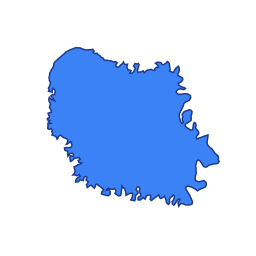 Campina da Lagoa, Paraná, Brazil, rotated 251°
{"feature_id": "56859067B30898784628481", "entity_name": "Campina da Lagoa", "entity_type": "district", "adm_level": 2, "iso_a3": "BRA", "parent_name": "Brazil", "parent_adm1": "Paraná", "projection": "mercator", "projection_center": [-52.806, -24.618], "detail": "fine", "context": "isolated", "style": "filled", "palette": "blue", "viewbox_px": 256, "rotation_deg": 251, "n_neighbors": 0, "source": "geoboundaries", "source_scale": "gbopen_adm2", "svg_char_len": 5237}
<svg xmlns="http://www.w3.org/2000/svg" viewBox="0 0 256 256"><g transform="rotate(251 128 128)"><path d="M170.0,195.8L169.2,193.1L168.1,191.4L165.6,189.1L168.1,185.8L169.5,186.8L171.5,187.2L173.2,187.6L175.8,188.0L178.0,187.0L176.8,184.5L176.3,182.5L176.8,181.0L179.1,180.4L180.6,177.6L180.3,175.0L177.2,176.8L175.5,176.5L176.1,174.5L175.1,172.5L173.8,172.1L174.4,170.4L176.0,168.9L176.1,166.7L176.5,164.9L175.9,163.4L174.9,161.4L177.1,160.9L176.8,159.1L177.3,155.6L179.1,155.6L180.6,156.5L182.1,157.7L184.1,159.0L185.6,158.8L185.7,157.0L186.7,155.7L184.7,153.4L182.4,154.4L181.0,153.3L179.3,151.5L178.4,149.7L179.4,147.6L181.0,149.5L182.2,148.8L182.7,146.9L184.2,147.0L186.0,146.7L188.5,148.3L188.8,146.3L190.1,145.3L191.9,145.2L190.5,143.5L190.1,141.6L189.1,139.9L188.5,138.4L189.6,137.1L191.2,136.4L192.3,137.8L193.3,139.1L194.6,138.1L195.4,135.5L196.7,134.2L197.8,132.2L199.0,129.9L199.9,127.6L201.9,127.4L203.7,125.7L205.8,124.8L206.8,123.7L208.7,123.1L209.2,120.9L210.6,119.6L211.7,121.0L213.9,120.3L214.1,118.3L215.5,113.5L217.9,110.2L219.4,108.7L220.0,106.8L220.9,105.2L220.9,103.1L220.8,99.7L220.6,97.4L220.2,94.4L218.6,91.2L218.2,89.7L216.6,85.9L214.3,80.4L213.2,79.0L211.0,77.9L209.4,76.4L208.0,74.4L206.6,73.2L205.4,71.9L203.1,70.8L201.4,69.8L198.2,69.1L196.1,69.6L192.8,67.1L191.6,65.7L189.6,66.0L188.7,64.8L186.5,68.0L188.3,68.5L190.1,70.1L187.4,71.3L185.8,71.1L184.9,70.0L183.5,69.5L184.2,67.3L183.4,65.5L181.5,66.3L180.0,66.9L177.7,67.3L178.8,66.2L180.3,64.7L182.6,63.6L180.9,62.4L178.6,62.1L176.1,62.6L173.2,60.5L171.6,60.7L169.6,61.0L167.8,60.6L167.9,59.0L168.1,57.3L166.3,57.1L164.2,57.5L163.3,56.4L163.3,54.9L161.9,54.5L160.6,56.6L159.7,54.6L157.6,56.6L158.0,53.4L156.3,53.2L155.0,52.5L153.6,51.9L152.5,52.8L152.3,55.1L150.5,55.9L149.3,54.7L147.8,55.1L146.2,53.8L144.1,56.4L142.8,57.2L140.6,57.3L141.4,58.7L142.8,59.6L143.3,61.8L140.1,63.7L138.5,65.9L137.2,66.9L135.4,66.8L134.1,66.0L132.7,64.5L132.7,66.0L133.8,68.6L133.2,70.0L131.8,69.2L130.1,69.6L128.3,67.9L128.7,65.2L129.5,63.4L129.9,61.5L127.7,61.0L126.5,62.2L125.6,63.4L122.6,62.3L120.9,62.0L122.8,64.7L122.1,67.2L120.8,67.9L118.8,67.2L120.7,64.4L119.2,63.5L117.2,63.0L115.1,62.8L115.4,64.9L116.4,66.7L116.6,68.6L115.8,72.3L114.0,72.6L113.6,70.3L111.6,70.4L110.1,72.8L109.4,71.2L109.6,68.6L109.0,67.2L108.8,64.3L107.1,64.1L104.8,64.2L102.8,62.8L101.5,60.6L100.9,62.8L99.5,64.1L99.8,66.8L97.8,67.0L97.6,64.7L96.7,62.7L95.5,61.6L94.0,60.8L93.3,63.7L94.7,65.9L92.8,68.7L95.7,70.2L95.9,72.4L94.4,73.0L92.4,71.3L90.1,73.0L89.1,71.9L87.7,70.2L85.0,70.1L85.6,72.1L86.2,74.2L84.4,75.3L82.1,76.5L83.5,78.2L85.0,79.0L85.1,80.5L83.0,81.5L80.6,83.4L77.9,84.8L76.8,83.9L76.2,82.5L74.2,81.4L72.7,83.6L70.3,87.3L71.1,89.5L73.6,90.4L76.0,90.0L76.2,87.1L77.7,89.4L75.8,91.7L75.1,93.5L75.1,95.2L73.3,96.4L72.0,96.1L70.3,94.3L68.0,96.1L66.7,97.4L66.6,99.1L67.7,99.9L69.6,100.7L72.1,102.0L75.1,103.4L73.2,103.8L71.6,105.3L68.9,104.9L67.0,104.8L64.9,104.2L65.4,106.2L65.5,108.9L64.8,111.0L62.4,110.2L60.7,109.1L59.1,107.2L58.0,108.9L57.0,110.6L58.2,111.8L61.6,113.1L63.2,116.3L65.1,116.3L67.1,115.6L68.8,117.0L69.3,118.4L68.1,119.4L66.7,119.4L64.8,118.1L62.8,118.0L60.9,118.5L59.5,118.0L59.6,116.2L58.7,114.9L56.9,114.0L55.9,116.1L56.6,118.0L57.0,120.0L55.1,121.0L57.4,123.1L58.1,124.6L57.9,126.3L56.7,127.6L54.7,126.5L53.3,125.7L51.8,126.5L53.7,132.0L54.7,135.2L51.7,135.3L50.6,136.1L50.8,137.6L51.6,140.4L47.7,140.5L45.7,140.1L43.7,140.5L42.5,141.6L44.1,143.3L46.7,143.7L48.1,145.1L49.0,147.5L50.0,149.0L48.5,149.8L46.8,148.9L45.3,147.6L43.9,145.6L41.5,145.3L40.1,146.1L41.2,148.2L43.5,150.7L44.4,152.5L43.6,153.9L42.5,152.7L41.7,151.3L39.4,150.8L37.5,150.6L39.4,153.0L38.9,154.8L36.7,157.3L35.6,159.8L35.1,162.2L35.4,163.9L36.7,164.8L38.8,164.9L42.5,164.5L44.1,164.5L45.9,164.0L49.1,163.4L50.6,163.0L52.8,162.9L53.8,165.2L52.0,168.1L51.1,169.3L48.0,172.0L46.0,173.2L46.6,175.7L47.0,181.5L48.6,183.5L51.1,184.1L53.5,182.8L53.8,180.1L54.0,177.7L56.0,174.8L58.1,174.9L59.7,175.6L61.0,176.2L62.5,177.6L64.4,178.1L68.1,179.3L69.8,179.4L72.8,181.2L74.2,182.2L75.0,184.0L73.3,185.4L68.9,186.6L67.0,186.9L65.5,189.1L66.5,192.5L66.0,198.2L65.5,199.8L65.4,201.4L66.7,203.3L68.2,202.9L70.4,203.8L72.2,204.1L74.2,202.9L76.3,201.8L79.3,201.1L81.3,200.3L83.0,199.1L85.5,197.9L87.3,197.7L90.0,198.7L93.3,200.5L95.4,201.4L95.4,196.0L95.3,189.4L97.7,189.8L98.5,191.3L99.7,193.1L101.1,193.4L103.0,193.0L104.6,192.2L106.6,192.0L108.1,193.1L110.5,193.5L111.7,192.4L110.0,190.9L107.5,189.8L105.3,188.5L105.5,186.7L109.6,183.5L111.6,182.6L113.2,184.0L113.4,185.7L114.6,190.0L116.5,190.9L119.1,191.6L120.7,193.0L122.9,193.9L124.4,193.2L125.3,192.0L125.2,187.6L124.9,185.7L123.0,183.6L120.6,183.3L118.9,182.3L117.2,181.9L115.3,182.2L114.6,180.6L116.6,179.8L119.1,180.0L121.2,180.0L123.1,180.4L125.3,181.6L126.4,183.0L130.6,187.2L131.8,188.1L132.9,188.8L133.8,190.8L134.2,194.9L135.9,197.0L138.0,197.6L139.3,196.8L140.8,195.5L141.7,193.6L142.1,191.8L142.5,189.6L143.5,186.5L145.2,185.4L146.8,185.4L148.1,187.6L148.0,190.2L146.7,192.2L146.1,193.6L146.5,195.2L147.9,194.5L148.7,192.9L150.3,191.2L151.8,190.0L153.7,190.0L154.4,193.6L155.7,195.4L157.4,195.9L158.5,195.0L161.5,192.4L162.9,192.7L164.2,194.2L165.6,195.1L167.4,195.9L170.0,195.8Z" fill="#3b82f6" stroke="#1e3a8a" stroke-width="1.5"/></g></svg>